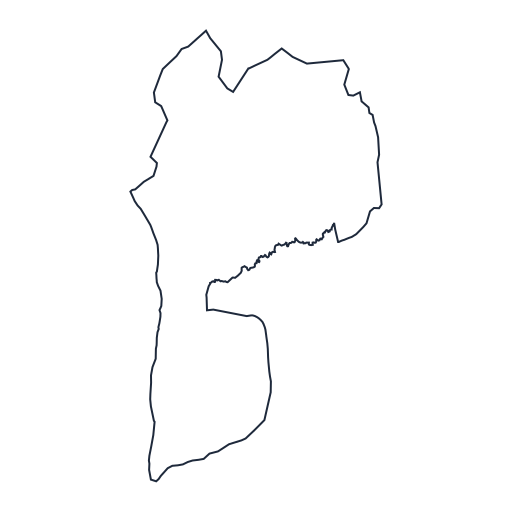 the district of Gulani, Yobe, Nigeria
{"feature_id": "59680162B10585943230735", "entity_name": "Gulani", "entity_type": "district", "adm_level": 2, "iso_a3": "NGA", "parent_name": "Nigeria", "parent_adm1": "Yobe", "projection": "equal_earth", "projection_center": [11.802, 10.918], "detail": "fine", "context": "isolated", "style": "outline", "palette": "slate", "viewbox_px": 512, "rotation_deg": 0, "n_neighbors": 0, "source": "geoboundaries", "source_scale": "gbopen_adm2", "svg_char_len": 5038}
<svg xmlns="http://www.w3.org/2000/svg" viewBox="0 0 512 512"><path d="M381.6,204.4L377.5,162.3L379.1,154.7L378.1,137.3L375.5,126.1L374.1,122.5L372.6,114.9L369.4,113.0L368.6,107.4L361.6,101.4L359.9,92.3L353.3,95.6L348.4,95.0L344.3,84.6L348.8,69.1L348.5,68.4L343.3,60.2L306.9,63.6L292.6,56.9L287.9,53.2L281.7,48.5L274.8,53.9L270.4,57.5L267.4,59.8L254.4,65.8L253.4,66.3L248.8,68.5L248.4,68.4L233.1,91.9L227.3,88.4L218.6,76.7L222.0,59.8L220.9,51.3L210.2,38.2L206.0,30.7L188.2,46.6L181.6,49.0L176.5,56.1L170.4,61.8L162.8,69.0L162.7,69.2L160.2,75.5L153.9,92.5L155.2,102.3L161.2,106.1L167.4,120.4L166.4,122.2L150.5,156.8L156.9,163.0L156.5,166.6L153.5,175.9L143.8,181.8L139.9,185.3L135.2,189.4L132.2,190.0L130.4,191.6L133.2,197.7L134.7,201.1L137.6,205.5L140.7,208.8L145.3,216.4L147.1,219.5L147.5,220.1L148.3,221.5L150.3,224.9L151.2,227.1L152.5,230.7L153.3,233.0L156.1,240.0L157.6,244.8L157.9,248.2L158.1,252.3L158.3,255.6L157.9,264.6L157.3,268.6L156.9,271.5L156.2,272.7L156.4,275.7L156.5,278.2L156.7,280.3L156.8,282.2L158.1,285.9L160.5,290.7L161.7,298.9L161.3,306.0L160.6,307.7L159.5,310.1L160.5,313.1L160.4,316.8L159.7,321.3L159.3,323.6L158.4,327.2L158.7,329.0L157.5,332.2L156.8,337.8L156.7,342.9L156.6,345.3L155.9,348.7L155.7,358.8L152.5,367.1L151.9,370.4L151.0,375.4L151.1,382.8L150.4,393.7L150.2,399.3L150.9,406.4L153.9,420.8L154.6,421.8L153.3,435.1L151.2,446.6L149.4,455.7L148.9,460.5L149.4,463.7L149.1,469.9L150.9,479.6L153.4,480.4L156.2,481.3L158.7,479.0L160.8,475.9L167.7,468.2L172.3,465.8L177.9,465.3L182.9,464.4L187.8,462.0L192.6,460.5L198.6,459.8L203.7,458.9L209.5,453.6L218.0,451.4L229.1,444.2L241.4,440.4L245.6,438.5L254.5,430.1L264.4,420.1L270.7,392.3L270.9,381.4L270.0,376.5L269.3,371.5L268.4,362.0L268.1,357.3L267.8,348.9L267.3,343.3L266.3,336.3L266.2,335.4L266.2,335.1L266.1,334.7L265.5,330.2L265.4,329.9L265.4,329.7L265.4,329.4L265.3,329.2L264.8,327.3L263.7,324.5L263.7,324.4L263.6,324.2L263.5,323.9L263.4,323.8L263.4,323.7L263.2,323.4L262.5,322.0L260.7,320.0L258.8,318.3L257.0,317.1L254.8,316.0L252.7,315.4L251.1,315.4L246.7,316.1L213.3,309.6L207.0,310.3L206.6,297.6L206.3,294.8L208.7,286.2L210.1,283.9L210.1,282.9L210.9,282.7L211.5,282.3L211.9,281.7L212.6,281.5L213.2,281.2L214.0,281.4L214.3,282.0L214.9,282.0L215.3,281.4L215.2,279.9L216.1,279.9L217.0,280.1L217.5,280.4L218.2,280.0L218.8,279.8L219.4,280.4L220.7,281.3L221.6,281.0L223.7,281.6L225.4,281.3L226.4,282.0L227.6,282.2L232.5,277.6L233.7,277.6L235.1,277.8L237.8,275.7L240.8,272.8L241.7,270.8L241.6,269.1L241.7,267.7L242.4,267.2L243.7,266.7L244.5,266.2L245.7,267.0L246.9,267.6L247.2,268.9L247.9,269.8L248.2,270.2L249.3,269.8L249.8,268.9L250.3,268.0L251.1,267.8L252.6,267.6L253.9,267.2L254.8,266.6L254.9,265.6L254.8,264.3L255.3,263.4L256.5,263.2L256.5,262.2L256.8,260.9L257.2,260.2L257.7,260.4L257.6,261.4L257.9,261.7L258.6,261.9L259.1,262.1L259.4,261.7L259.4,260.9L258.9,260.3L258.5,259.7L258.5,259.0L258.8,257.7L259.2,257.3L260.2,257.2L260.7,256.9L261.0,256.0L261.6,256.0L262.1,256.5L262.6,257.0L263.6,256.7L263.9,256.3L264.6,255.5L265.0,255.0L265.6,255.4L265.9,256.0L266.3,256.6L266.8,257.0L267.5,257.4L268.2,257.0L268.8,256.3L268.9,255.6L269.1,254.7L269.2,253.6L269.7,252.6L270.4,253.1L270.8,254.2L271.2,254.4L271.4,253.9L271.8,252.6L272.4,252.0L273.0,251.8L273.7,251.9L274.3,252.1L275.0,252.0L274.7,250.8L274.5,249.4L274.8,248.3L274.9,247.1L275.4,245.9L276.3,245.1L276.8,245.1L278.1,244.8L278.6,243.7L281.2,245.4L281.7,245.6L283.2,244.9L284.3,244.6L285.4,243.6L286.0,242.7L286.6,243.0L286.5,243.9L287.0,244.7L286.9,245.7L287.4,246.3L288.1,246.2L288.4,245.1L289.0,243.8L289.6,243.0L290.5,243.0L291.5,242.7L292.2,241.8L293.0,241.9L294.0,242.4L294.6,242.2L294.9,241.4L295.3,240.5L295.4,239.9L295.0,238.9L295.4,238.3L295.9,238.6L296.8,239.9L297.8,240.9L298.9,241.9L300.4,242.6L302.4,242.6L302.9,242.0L303.6,242.6L303.7,243.4L305.6,243.2L306.3,242.6L308.9,242.6L308.8,243.8L308.9,244.5L310.0,245.0L311.5,245.1L312.8,244.8L312.6,243.9L312.6,242.6L313.3,242.4L314.1,242.5L314.9,242.8L315.7,242.6L316.2,241.6L316.3,240.6L316.2,240.1L316.3,239.6L316.6,239.3L317.2,239.8L317.8,240.2L318.4,240.6L319.5,240.3L319.6,239.9L319.9,239.2L320.4,238.6L320.8,238.6L321.2,239.1L321.7,239.3L322.2,238.6L322.8,237.4L323.4,236.9L323.2,236.0L322.8,234.8L322.9,233.6L323.6,233.4L323.9,232.7L324.5,232.1L325.0,232.3L325.4,231.3L325.8,230.8L326.3,230.1L326.9,230.1L327.4,230.8L327.8,230.8L328.3,232.0L328.8,231.8L329.7,231.4L329.7,230.3L331.1,229.4L331.6,229.5L331.7,228.7L331.8,227.4L332.6,226.3L332.9,225.0L333.7,224.5L334.1,222.9L335.2,229.5L338.1,242.0L338.3,242.0L338.3,241.9L338.5,241.9L338.8,241.8L339.0,241.8L339.1,241.7L339.3,241.7L341.8,240.6L343.6,240.0L344.1,239.9L346.7,238.8L349.2,237.8L351.0,237.2L351.3,237.1L351.5,237.0L351.7,236.9L351.8,236.9L352.0,236.8L352.1,236.7L352.3,236.6L352.5,236.5L353.9,235.6L355.4,234.7L355.5,234.7L355.8,234.4L356.0,234.3L356.1,234.2L356.3,234.1L356.5,233.9L356.7,233.7L356.8,233.6L357.0,233.4L362.8,227.5L362.9,227.4L363.2,227.1L366.5,223.3L370.0,211.4L373.9,208.0L379.1,208.2L381.6,204.4Z" fill="none" stroke="#1e293b" stroke-width="2"/></svg>